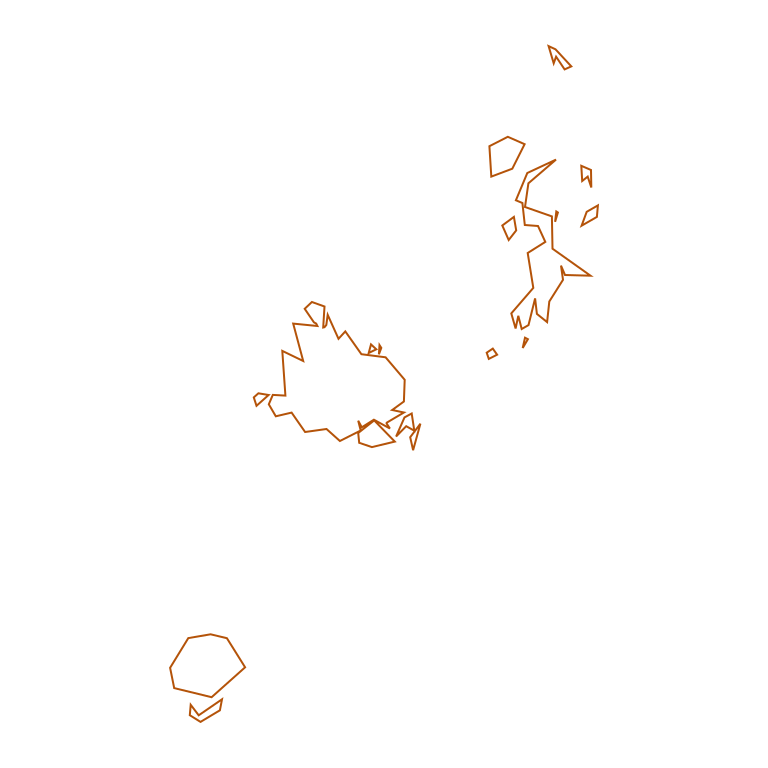 Shortland Islands, Western, Solomon Islands (Equal Earth projection)
{"feature_id": "97153195B13226737525008", "entity_name": "Shortland Islands", "entity_type": "district", "adm_level": 2, "iso_a3": "SLB", "parent_name": "Solomon Islands", "parent_adm1": "Western", "projection": "equal_earth", "projection_center": [155.884, -7.049], "detail": "medium", "context": "isolated", "style": "outline", "palette": "amber", "viewbox_px": 768, "rotation_deg": 0, "n_neighbors": 0, "source": "geoboundaries", "source_scale": "gbopen_adm2", "svg_char_len": 1937}
<svg xmlns="http://www.w3.org/2000/svg" viewBox="0 0 768 768"><path d="M404.7,379.8L385.6,357.3L361.4,354.2L345.3,331.4L338.5,338.8L327.7,314.8L326.3,325.0L324.5,327.2L323.2,327.5L324.5,306.5L311.9,302.0L304.7,308.8L313.9,322.3L316.2,323.6L317.4,326.0L293.2,323.6L303.2,361.0L282.3,350.9L285.4,395.6L272.8,394.9L268.8,404.3L275.8,416.3L291.6,412.6L305.1,432.0L326.5,429.0L339.9,441.0L360.7,430.5L358.2,420.7L361.8,427.3L373.9,419.7L389.9,428.5L386.6,423.5L386.7,422.7L403.9,412.5L392.2,410.0L403.9,401.5L404.7,379.8ZM590.5,275.7L552.5,248.7L551.9,216.4L525.0,207.0L528.4,183.3L556.0,159.6L527.3,173.0L515.9,200.3L522.4,203.0L524.8,225.0L538.0,226.0L545.3,241.9L527.7,253.0L533.3,287.9L511.3,313.4L515.6,328.5L518.3,315.8L521.7,329.0L528.5,325.1L535.1,298.4L536.9,313.9L547.1,322.1L549.3,301.5L563.0,279.8L561.0,265.6L565.0,275.0L590.5,275.7ZM245.1,667.3L226.9,638.2L210.6,634.3L188.3,638.1L170.1,667.8L174.2,688.1L211.6,697.2L245.1,667.3ZM524.6,144.2L507.8,136.8L489.4,146.2L491.3,176.6L512.3,168.7L524.6,144.2ZM394.8,441.6L374.2,420.4L358.2,433.0L359.2,442.8L371.9,447.1L394.8,441.6ZM222.0,699.3L198.7,715.3L190.7,704.8L189.8,715.2L200.5,721.9L219.9,710.3L222.0,699.3ZM414.3,430.7L411.7,413.5L404.5,417.4L396.1,436.5L406.2,426.2L414.3,430.7ZM413.1,450.2L420.4,423.7L410.2,437.2L413.1,450.2ZM591.3,187.5L591.0,170.0L581.3,165.8L582.2,181.0L587.7,176.6L591.3,187.5ZM516.2,230.4L513.9,216.9L502.3,225.5L508.7,240.0L516.2,230.4ZM571.3,66.4L555.5,49.3L548.6,46.1L553.7,63.3L556.1,56.7L564.6,69.4L571.3,66.4ZM597.9,205.4L586.7,211.8L581.6,225.7L596.9,216.9L597.9,205.4ZM268.6,395.0L258.4,393.3L253.8,397.4L256.5,405.8L268.6,395.0ZM497.1,354.7L492.8,348.6L486.7,352.7L488.8,358.9L497.1,354.7ZM522.7,348.0L527.9,339.2L525.0,337.7L522.7,348.0ZM368.7,353.0L376.3,349.3L371.0,344.4L368.7,353.0ZM555.1,221.8L557.9,212.5L556.3,211.5L555.1,221.8ZM378.9,354.3L381.3,347.9L379.5,345.1L378.9,354.3Z" fill="none" stroke="#b45309" stroke-width="2"/></svg>